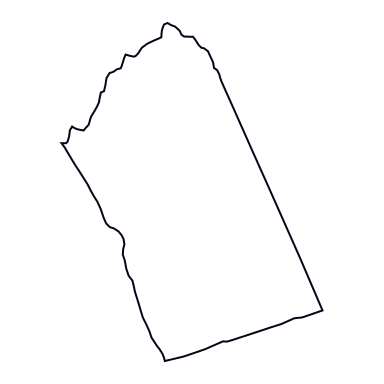 the district of Nyaribari Masaba, Nyanza, Kenya
{"feature_id": "3690345B15425967230787", "entity_name": "Nyaribari Masaba", "entity_type": "district", "adm_level": 2, "iso_a3": "KEN", "parent_name": "Kenya", "parent_adm1": "Nyanza", "projection": "equal_earth", "projection_center": [34.907, -0.835], "detail": "fine", "context": "isolated", "style": "outline", "palette": "ink", "viewbox_px": 384, "rotation_deg": 0, "n_neighbors": 0, "source": "geoboundaries", "source_scale": "gbopen_adm2", "svg_char_len": 1671}
<svg xmlns="http://www.w3.org/2000/svg" viewBox="0 0 384 384"><path d="M164.8,361.0L183.8,356.5L205.1,349.2L222.9,341.4L227.1,341.6L232.1,340.1L259.3,331.2L271.3,327.2L281.2,324.1L285.0,322.4L294.2,318.3L302.4,317.4L322.5,310.4L300.0,257.9L282.3,218.0L269.7,189.6L251.4,148.7L232.1,105.2L227.5,95.0L221.3,81.1L219.8,76.6L219.4,74.6L217.1,70.1L214.0,67.9L213.1,62.4L210.5,56.8L208.0,51.3L204.2,48.4L201.3,47.7L198.3,44.6L195.3,39.7L192.9,36.7L190.0,36.8L187.4,36.6L184.3,36.6L181.5,34.8L179.8,31.0L177.9,29.1L175.1,26.6L171.1,25.1L167.5,23.0L164.0,24.5L162.4,28.6L161.9,30.8L161.6,32.8L161.3,37.3L159.4,38.2L156.9,39.3L154.5,40.3L152.4,41.3L148.7,43.0L147.0,43.9L145.4,45.1L141.9,47.7L140.4,49.8L138.6,52.8L136.2,55.5L135.0,56.3L133.4,56.6L130.2,55.9L125.6,54.6L124.1,58.2L123.5,60.1L123.0,61.8L121.6,66.3L120.7,68.3L117.1,69.2L113.8,71.5L111.9,72.4L109.6,73.0L106.5,78.1L105.4,85.2L104.0,91.2L100.9,92.5L99.8,97.5L98.9,102.5L96.8,107.0L94.3,111.4L92.0,115.1L90.8,117.4L90.3,119.0L88.7,124.7L85.3,128.4L83.6,130.5L78.9,129.6L76.3,128.9L73.5,127.5L72.1,126.5L69.9,130.3L69.1,136.5L67.6,141.6L66.0,143.2L61.5,143.2L64.8,147.6L67.4,152.1L68.7,154.2L72.4,160.5L76.0,166.3L79.2,171.1L83.3,177.6L85.7,181.4L88.0,185.1L91.1,191.3L94.3,196.9L97.4,201.8L100.9,209.5L102.6,214.7L103.9,218.4L106.2,223.5L109.8,227.1L113.8,228.4L118.4,231.3L121.7,235.3L123.6,239.3L124.4,244.3L123.2,249.1L122.8,254.6L124.8,260.6L126.3,268.8L128.6,275.7L132.4,280.6L133.7,285.9L135.0,291.9L138.5,303.0L140.6,310.3L142.9,317.7L145.4,322.6L147.4,326.8L149.7,332.1L151.5,337.6L154.6,342.3L157.1,346.1L159.7,349.4L162.5,353.9L163.9,357.4L164.8,361.0Z" fill="none" stroke="#020617" stroke-width="2"/></svg>